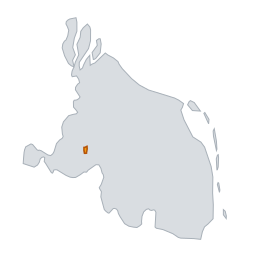 Boekel, Noord-Brabant, Netherlands shown in context, rotated 93°
{"feature_id": "6326949B38517074221522", "entity_name": "Boekel", "entity_type": "district", "adm_level": 2, "iso_a3": "NLD", "parent_name": "Netherlands", "parent_adm1": "Noord-Brabant", "projection": "natural_earth1", "projection_center": [5.678, 51.606], "detail": "fine", "context": "in_parent", "style": "filled", "palette": "amber", "viewbox_px": 256, "rotation_deg": 93, "n_neighbors": 0, "source": "geoboundaries", "source_scale": "gbopen_adm2", "svg_char_len": 3933}
<svg xmlns="http://www.w3.org/2000/svg" viewBox="0 0 256 256"><g transform="rotate(93 128 128)"><path d="M169.0,230.8L163.3,230.7L157.9,230.5L155.1,230.1L152.1,229.1L150.7,226.8L149.0,224.1L149.5,222.4L154.5,217.7L155.2,216.4L154.7,215.7L155.2,213.6L159.1,206.6L159.6,203.8L157.8,201.8L155.4,200.6L147.3,198.6L143.5,195.6L141.7,193.1L139.9,192.3L137.3,193.2L130.6,194.2L125.2,192.8L118.8,187.9L117.3,183.6L116.5,180.3L114.9,179.1L112.8,180.8L110.0,183.5L104.6,183.9L103.1,183.2L102.9,181.7L102.5,180.3L101.1,178.5L99.5,177.5L92.6,182.5L90.1,182.5L86.9,180.6L85.3,178.7L81.8,179.8L78.7,182.1L79.7,186.4L78.0,187.2L74.1,186.8L69.7,185.1L64.9,184.0L57.5,181.0L47.1,183.4L39.9,180.5L33.9,180.2L30.2,177.9L26.3,174.0L29.1,171.4L31.9,170.5L42.8,170.0L50.8,171.6L65.0,180.1L68.6,180.0L72.5,178.9L70.5,176.6L67.0,175.5L61.7,173.2L57.4,170.0L67.4,169.0L66.1,167.3L64.8,164.5L54.3,154.6L56.1,152.0L58.8,146.2L62.2,141.5L64.8,140.2L69.1,136.8L78.5,127.0L84.5,118.9L89.0,109.4L95.6,83.2L97.5,78.8L100.7,73.8L104.6,74.8L107.3,76.2L116.9,72.5L133.5,62.8L138.3,54.4L143.1,50.5L162.0,43.0L172.5,40.7L188.6,40.1L200.2,38.8L214.2,38.3L219.6,43.0L222.7,46.4L227.7,48.3L235.4,49.6L235.0,56.3L235.2,69.7L234.6,72.1L231.2,77.7L227.6,87.8L226.6,94.5L225.5,95.8L210.8,95.7L208.7,96.9L208.4,98.3L209.1,100.1L208.8,101.8L207.6,103.2L208.3,105.4L210.9,107.9L215.5,109.4L220.5,109.6L223.1,109.3L225.0,111.1L226.9,113.9L226.7,117.4L226.0,122.0L223.7,126.4L216.9,131.3L213.9,133.1L211.0,134.0L209.6,135.3L209.0,137.0L209.2,138.5L214.0,142.5L213.9,143.4L212.5,145.5L210.7,147.4L198.2,151.5L193.0,151.2L190.0,153.2L189.1,153.6L185.8,151.8L178.5,149.6L175.8,150.3L174.2,151.5L169.6,153.0L166.3,155.2L166.3,158.1L172.2,165.6L174.2,167.0L174.3,169.8L177.2,173.3L180.1,177.7L180.4,180.5L180.1,183.3L178.6,187.3L173.5,196.7L173.5,198.5L173.9,199.9L175.6,200.3L177.0,201.0L176.6,202.2L167.1,208.8L165.9,209.9L161.9,209.6L161.3,210.7L161.8,212.4L163.4,214.0L166.8,214.8L169.7,216.4L172.0,219.7L169.0,230.8ZM69.7,185.1L68.9,187.8L66.7,190.8L59.2,195.1L51.5,197.9L47.5,197.5L44.7,196.1L43.3,194.5L39.1,193.0L33.4,192.3L29.9,193.9L27.3,195.4L25.1,195.2L23.5,193.9L22.2,191.9L20.6,185.7L24.9,184.6L34.0,184.1L41.1,186.3L50.5,187.4L57.7,184.4L63.3,186.9L69.7,185.1ZM54.4,159.7L59.9,163.6L61.0,164.9L61.4,166.2L54.5,167.8L47.1,163.0L42.2,164.1L40.4,161.8L40.4,160.4L45.5,159.2L54.4,159.7ZM107.2,64.6L101.7,69.7L98.4,68.3L97.4,67.1L99.1,63.2L107.3,56.6L107.2,64.6ZM131.7,42.2L126.5,42.8L124.2,41.8L136.6,39.0L144.5,38.1L145.9,38.5L131.7,42.2ZM165.1,37.0L154.2,38.2L150.5,37.3L149.9,36.5L152.9,36.0L162.2,35.9L165.0,36.6L165.1,37.0ZM119.6,47.7L109.4,53.0L108.5,52.1L115.1,47.6L119.6,47.7ZM209.7,28.2L204.5,28.5L206.0,26.6L210.7,25.2L213.3,25.2L209.7,28.2ZM187.5,33.3L179.7,35.8L177.8,35.2L178.3,34.5L185.1,33.0L187.5,33.3Z" fill="#d9dde1" stroke="#a8b0b8" stroke-width="1"/><path d="M149.7,171.0L149.8,171.0L150.0,171.0L150.0,170.9L150.2,171.0L150.3,171.0L150.4,170.9L150.5,170.9L150.8,170.9L151.0,170.9L151.3,170.9L151.5,170.9L151.8,170.9L152.0,170.9L152.4,170.9L152.5,170.8L152.6,170.7L152.8,170.7L152.9,170.8L153.0,170.8L153.0,170.7L153.3,170.6L153.5,170.6L153.8,170.5L154.1,170.5L154.1,170.4L154.3,170.4L154.5,170.4L154.8,170.3L155.0,170.3L155.3,170.2L155.5,170.2L155.6,169.8L155.6,169.6L155.5,169.4L155.5,169.1L155.4,169.0L155.4,168.8L155.4,168.7L155.3,168.4L155.3,168.1L155.1,168.1L154.9,168.1L154.7,168.1L154.2,168.1L153.8,168.0L153.6,168.0L153.4,167.9L153.0,167.9L152.9,167.9L152.7,167.9L152.4,167.8L152.0,167.8L151.7,167.7L151.4,167.7L151.2,167.7L151.0,167.8L150.9,167.8L150.9,167.7L150.7,167.7L150.4,167.7L150.2,167.7L150.0,167.8L149.9,167.8L149.7,167.8L149.4,167.9L149.2,167.9L148.9,167.9L148.7,167.9L148.7,168.0L148.4,168.0L148.5,168.3L148.7,168.6L148.9,168.9L149.2,169.2L149.2,169.3L149.3,169.4L149.3,169.5L149.4,169.8L149.5,169.9L149.5,170.0L149.6,170.3L149.6,170.5L149.7,170.8L149.7,171.0L149.7,171.0Z" fill="#f59e0b" stroke="#b45309" stroke-width="1.5"/></g></svg>